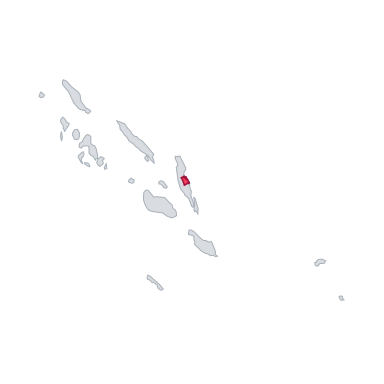 location of East Kwaio, Malaita, Solomon Islands, rotated 5°
{"feature_id": "97153195B50400826200425", "entity_name": "East Kwaio", "entity_type": "district", "adm_level": 2, "iso_a3": "SLB", "parent_name": "Solomon Islands", "parent_adm1": "Malaita", "projection": "equal_earth", "projection_center": [161.056, -8.944], "detail": "fine", "context": "in_parent", "style": "filled", "palette": "rose", "viewbox_px": 384, "rotation_deg": 5, "n_neighbors": 0, "source": "geoboundaries", "source_scale": "gbopen_adm2", "svg_char_len": 5382}
<svg xmlns="http://www.w3.org/2000/svg" viewBox="0 0 384 384"><g transform="rotate(5 192 192)"><path d="M148.1,194.2L154.4,200.4L157.1,199.8L165.4,199.9L170.3,204.4L173.1,206.4L174.7,210.3L176.7,211.2L178.0,213.2L178.7,216.9L175.6,218.9L173.8,219.5L169.0,218.1L164.4,215.3L155.3,215.0L151.1,214.2L149.6,213.1L148.3,211.7L146.1,208.2L144.4,204.2L144.2,201.8L144.0,197.3L144.5,195.7L146.3,194.0L148.1,194.2ZM176.7,157.3L183.8,168.7L183.5,170.8L182.5,172.1L182.2,176.0L183.1,177.4L185.1,178.1L188.4,182.2L189.8,188.8L191.2,191.1L191.2,195.9L194.4,202.6L194.6,205.8L194.3,207.2L193.0,206.4L189.3,198.8L185.0,195.6L184.5,194.2L180.2,189.7L177.3,182.3L174.2,169.1L175.6,165.9L172.1,159.5L172.3,157.8L174.8,158.1L175.3,157.4L176.7,157.3ZM150.9,163.0L151.8,166.6L147.9,163.4L145.0,159.5L136.7,155.2L134.9,153.0L133.4,152.7L129.1,149.1L124.9,146.7L121.7,142.3L120.2,141.6L117.5,138.1L115.0,135.9L114.1,131.7L111.6,128.8L110.9,127.6L118.9,129.9L122.6,134.4L125.7,137.0L126.8,138.9L129.7,141.4L132.2,141.7L134.7,144.2L137.1,144.9L138.9,146.3L150.7,157.8L149.3,160.8L150.9,163.0ZM204.3,237.1L207.9,239.4L209.9,239.0L213.0,240.5L215.4,239.6L216.9,241.7L220.6,249.5L220.6,252.0L223.0,253.8L221.0,254.2L218.1,253.2L215.9,253.9L213.6,252.4L209.7,251.6L206.3,249.8L199.2,244.0L199.2,241.1L198.1,239.7L197.7,236.1L195.2,235.0L192.2,234.8L192.0,233.1L192.5,230.1L194.8,230.1L197.4,231.3L204.3,237.1ZM83.1,119.3L84.0,120.7L81.8,123.0L78.9,121.7L78.2,119.7L76.1,120.2L72.1,119.0L66.4,113.5L60.4,103.1L54.6,97.3L53.5,95.5L53.4,92.6L54.1,91.4L57.7,92.7L62.4,97.4L70.0,102.4L72.0,104.9L73.4,110.9L74.7,112.7L78.8,117.4L83.1,119.3ZM91.1,154.5L92.9,157.6L95.0,164.7L94.7,167.1L93.2,167.2L92.8,168.7L90.8,165.3L88.1,164.4L86.1,162.3L85.3,155.6L83.7,155.1L79.3,155.8L77.9,158.0L75.9,157.3L75.5,155.3L75.8,153.3L78.5,151.4L79.0,148.9L81.6,144.6L83.3,143.8L86.4,145.4L86.8,151.5L87.9,153.5L91.1,154.5ZM171.8,291.2L169.8,292.6L168.0,291.9L166.6,290.9L165.5,288.0L163.0,286.1L159.6,285.3L157.8,283.4L155.4,282.9L154.7,281.3L154.9,279.6L155.3,278.7L157.5,279.5L168.1,287.3L171.8,291.2ZM60.3,142.2L59.7,142.7L58.8,140.6L58.1,140.0L58.1,137.7L55.2,133.9L54.9,131.3L56.6,128.7L58.9,130.2L61.1,133.4L63.7,134.5L63.2,136.6L60.9,140.4L60.3,142.2ZM74.7,148.3L73.5,149.9L70.4,149.7L68.0,145.7L68.1,142.8L69.9,140.0L72.2,139.6L73.4,140.6L74.6,142.9L75.0,145.8L74.7,148.3ZM101.0,171.5L98.2,174.6L96.2,173.5L94.5,170.9L95.3,167.0L97.0,166.1L97.9,164.7L101.0,165.8L101.7,166.6L99.9,168.5L100.9,170.1L101.0,171.5ZM330.3,251.3L325.6,252.2L323.8,254.9L321.4,254.6L320.6,252.4L320.6,251.3L321.9,251.4L322.5,249.2L324.0,248.1L327.2,247.6L331.2,248.8L330.2,250.8L330.3,251.3ZM199.5,207.8L199.7,213.3L197.5,210.3L196.5,211.4L195.5,209.9L195.8,203.5L194.2,197.3L195.5,197.9L199.5,207.8ZM80.5,172.7L80.5,173.2L78.9,172.1L75.4,166.9L76.0,165.2L79.2,161.8L80.2,161.4L81.1,163.5L80.3,166.6L79.3,167.3L78.8,170.2L80.5,172.7ZM160.0,183.5L162.5,184.0L166.9,189.1L165.9,190.7L163.8,189.9L163.1,190.2L162.5,188.5L160.2,186.9L158.2,186.8L158.0,185.0L160.0,183.5ZM132.0,188.5L128.6,187.9L127.6,186.6L128.8,184.7L130.3,183.4L131.6,184.5L133.1,184.9L133.3,187.3L132.0,188.5ZM35.8,110.3L33.0,111.2L31.2,110.0L32.0,107.0L32.9,105.5L36.6,108.2L35.8,110.3ZM146.3,164.7L144.9,165.3L142.9,163.8L142.0,162.6L142.4,160.5L143.6,159.8L144.9,161.1L145.1,162.5L146.3,164.7ZM352.8,286.2L350.3,286.8L349.3,286.6L347.6,283.3L348.9,282.6L350.7,282.8L351.3,284.8L352.8,286.2ZM87.8,174.4L87.8,175.8L86.1,175.3L82.4,173.3L82.3,172.4L84.4,172.0L85.9,172.3L87.8,174.4ZM58.1,148.9L57.6,152.7L56.1,148.0L56.4,144.0L56.9,143.6L58.1,148.9ZM105.2,175.9L103.1,177.0L102.4,175.5L104.0,171.3L105.2,175.9Z" fill="#d9dde1" stroke="#a8b0b8" stroke-width="1"/><path d="M180.0,178.7L181.7,181.2L182.1,182.1L183.3,184.7L183.8,185.9L187.5,183.4L187.4,183.3L187.4,183.2L187.5,183.0L187.6,183.3L187.7,183.2L187.8,183.2L188.0,183.1L187.9,182.9L187.8,182.7L187.7,182.7L187.7,182.4L187.8,182.4L187.9,182.5L188.0,182.5L188.3,182.8L188.4,183.0L188.5,183.2L188.5,183.3L188.6,183.2L188.5,182.9L188.3,182.8L188.3,182.7L188.2,182.6L188.1,182.3L188.0,182.2L187.9,182.1L187.8,181.9L187.7,181.8L187.6,181.7L187.4,181.6L187.2,181.5L187.2,181.4L187.2,181.2L187.0,180.9L187.0,180.7L186.9,180.6L186.8,180.4L186.7,180.3L186.6,180.2L186.4,180.0L186.4,179.9L186.2,179.7L185.9,179.6L186.0,179.8L185.9,179.8L186.0,179.9L186.0,180.0L185.9,180.1L185.8,180.3L185.9,180.5L185.8,180.4L185.7,180.3L185.7,180.2L185.5,179.9L185.4,179.9L185.2,179.6L185.1,179.4L185.0,179.2L185.2,179.3L185.3,179.3L185.5,179.4L185.5,179.5L185.6,179.4L185.5,179.2L185.4,179.0L185.3,178.9L185.2,178.8L185.2,178.7L184.9,178.5L184.9,178.4L184.7,178.3L184.6,178.2L184.6,178.3L184.6,178.2L184.4,178.2L184.3,177.9L184.2,177.9L184.2,177.7L184.0,177.8L183.9,177.8L183.7,177.8L183.6,178.0L183.9,178.1L184.0,178.2L184.1,178.3L184.3,178.4L184.3,178.5L184.2,178.5L184.2,178.4L184.1,178.5L183.9,178.5L183.8,178.4L183.7,178.4L183.4,178.4L183.4,178.2L183.3,178.3L183.3,178.2L183.3,178.3L183.3,178.2L183.2,178.1L182.9,178.0L182.9,177.9L182.8,177.7L182.9,177.4L182.8,177.2L182.7,177.2L182.6,177.3L182.4,177.3L182.4,177.2L182.3,177.3L182.3,177.2L182.2,177.2L182.3,177.2L182.3,177.3L182.2,177.4L182.1,177.5L180.0,178.7ZM185.8,179.3L185.7,179.3L185.7,179.1L185.6,179.3L185.8,179.4L185.8,179.3ZM184.7,178.3L184.7,178.2L184.6,178.3L184.7,178.3ZM185.8,179.8L185.8,179.7L185.8,179.8L185.8,179.8Z" fill="#f43f5e" stroke="#9f1239" stroke-width="1.5"/></g></svg>